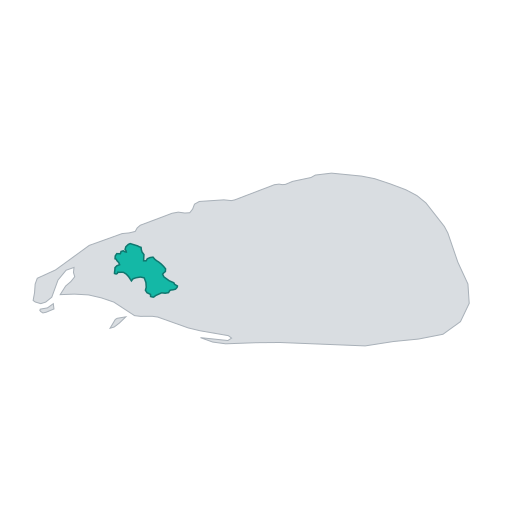 where Vavuniyāva sits in Sri Lanka, rotated 276°
{"feature_id": "LKA-2456", "entity_name": "Vavuniyāva", "entity_type": "District", "adm_level": 1, "iso_a3": "LKA", "parent_name": "Sri Lanka", "parent_adm1": "", "projection": "equal_earth", "projection_center": [80.482, 8.836], "detail": "fine", "context": "in_parent", "style": "filled", "palette": "teal", "viewbox_px": 512, "rotation_deg": 276, "n_neighbors": 0, "source": "natural_earth", "source_scale": "10m", "svg_char_len": 2305}
<svg xmlns="http://www.w3.org/2000/svg" viewBox="0 0 512 512"><g transform="rotate(276 256 256)"><path d="M188.5,39.0L196.5,39.6L205.0,39.3L211.0,40.8L221.2,58.1L249.1,89.0L264.3,120.5L265.7,127.4L267.8,133.3L271.5,134.9L274.5,137.7L289.7,168.0L291.5,174.1L291.3,180.7L292.1,185.6L296.1,188.1L301.1,189.4L304.3,193.9L308.5,218.2L308.5,225.8L309.6,229.0L328.8,266.8L329.9,271.4L329.7,274.8L330.3,277.8L334.0,284.5L339.8,302.5L342.7,306.6L346.3,322.4L346.5,352.5L345.3,365.9L341.7,382.2L337.5,398.2L332.9,409.7L326.6,419.4L305.1,440.2L298.9,444.4L270.9,457.4L250.3,469.7L231.2,473.0L212.1,466.2L197.7,450.1L190.4,426.3L185.3,401.5L178.0,374.0L172.5,289.0L169.8,265.2L165.5,235.0L165.9,221.9L169.0,209.3L169.0,236.9L171.8,240.3L173.9,236.8L175.8,208.2L177.4,196.1L185.0,164.7L185.2,159.2L183.9,147.3L184.0,141.4L195.3,119.4L198.2,106.6L199.8,93.5L199.1,79.3L197.1,65.3L206.2,69.8L211.3,74.6L216.4,77.9L220.5,76.2L225.6,76.2L222.0,68.6L211.4,61.6L193.7,57.2L188.2,51.7L186.1,46.9L187.2,41.2L188.5,39.0ZM179.5,124.4L181.9,132.9L175.0,127.1L170.5,122.3L168.9,118.4L178.2,122.7L179.5,124.4ZM187.4,59.4L182.2,60.6L178.1,53.1L177.1,50.0L178.2,47.8L179.3,46.7L180.6,47.0L182.6,54.0L187.4,59.4Z" fill="#d9dde1" stroke="#a8b0b8" stroke-width="1"/><path d="M252.6,140.8L250.3,141.3L248.1,142.2L245.7,144.4L239.5,144.7L239.7,147.2L241.9,148.2L243.4,150.8L244.1,153.7L242.1,155.8L240.9,157.7L239.9,159.8L238.1,162.6L236.0,165.2L233.8,167.4L231.1,167.5L229.7,166.1L228.2,165.0L225.6,166.6L222.3,172.3L220.8,177.1L219.3,178.0L218.0,181.0L217.2,181.0L216.4,180.7L214.6,179.4L213.7,177.0L213.4,175.5L212.9,174.1L211.6,173.4L210.4,172.8L209.5,169.6L209.5,166.0L206.3,160.5L204.4,158.5L204.4,157.1L204.7,155.4L206.8,155.1L208.1,151.4L210.4,149.6L213.4,150.1L218.1,149.3L222.6,147.1L223.0,143.2L221.8,138.9L220.5,136.1L218.2,134.7L222.1,131.5L224.4,128.9L225.9,125.9L225.8,124.0L225.5,122.1L225.5,121.1L225.4,120.2L224.2,120.0L223.5,118.8L223.8,117.1L225.3,117.0L226.9,117.1L229.7,117.0L231.8,118.7L233.1,121.3L235.2,120.1L236.6,118.4L237.4,117.8L238.2,117.2L238.4,116.7L238.5,116.1L241.3,116.0L243.8,117.3L244.1,120.9L246.4,121.3L247.3,123.5L246.5,125.1L246.4,126.6L247.7,126.2L248.9,125.1L251.6,125.6L254.2,127.8L255.2,129.6L253.7,137.2L253.0,138.8L252.6,140.8Z" fill="#14b8a6" stroke="#0f766e" stroke-width="1.5"/></g></svg>